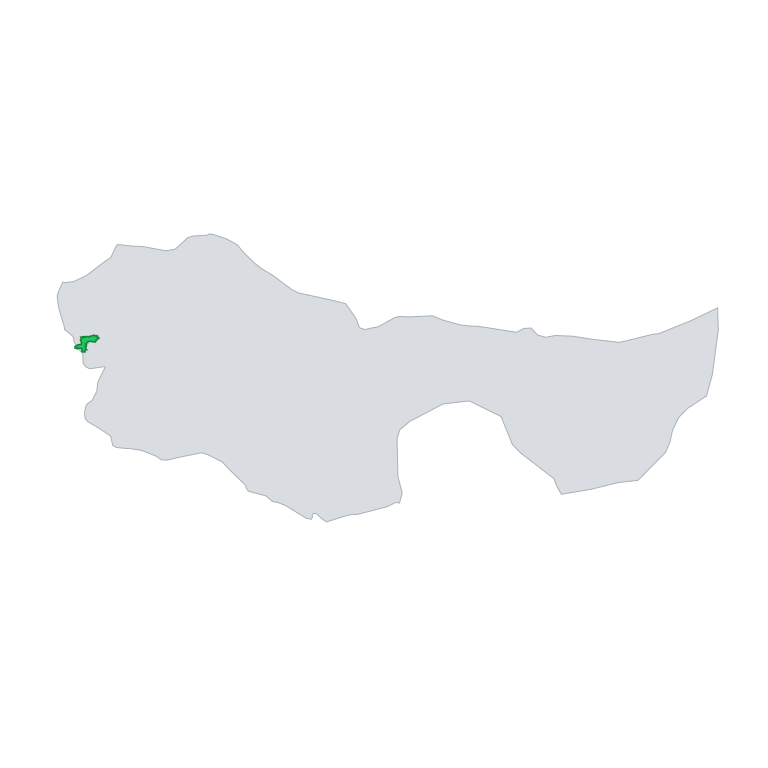 Blontu pag., Ciblas, Latvia shown in context, rotated 183°
{"feature_id": "27541924B11369023113792", "entity_name": "Blontu pag.", "entity_type": "district", "adm_level": 2, "iso_a3": "LVA", "parent_name": "Latvia", "parent_adm1": "Ciblas", "projection": "robinson", "projection_center": [27.846, 56.653], "detail": "fine", "context": "in_parent", "style": "filled", "palette": "green", "viewbox_px": 768, "rotation_deg": 183, "n_neighbors": 0, "source": "geoboundaries", "source_scale": "gbopen_adm2", "svg_char_len": 4363}
<svg xmlns="http://www.w3.org/2000/svg" viewBox="0 0 768 768"><g transform="rotate(183 384 384)"><path d="M566.2,524.8L561.6,524.2L548.5,520.5L537.4,515.0L530.9,507.8L519.5,497.8L512.1,492.7L500.4,486.4L480.9,473.4L473.8,470.4L439.0,464.7L426.4,462.2L415.0,447.4L411.5,438.9L405.8,437.4L399.5,439.2L392.7,440.9L376.8,450.9L371.6,452.3L361.9,452.4L339.1,454.6L328.8,451.0L310.9,447.0L301.2,446.4L292.5,446.5L254.3,442.6L247.2,446.8L240.1,447.6L233.4,441.0L224.9,439.1L215.4,441.4L198.3,441.6L178.0,439.5L152.2,437.9L148.3,438.6L119.2,447.4L112.1,448.7L80.2,463.6L54.8,477.5L53.0,455.3L56.6,410.9L61.3,388.9L78.9,376.1L87.9,366.1L93.5,352.8L95.5,340.5L99.4,330.3L125.3,301.1L144.8,297.9L171.5,289.8L201.1,283.1L206.5,291.7L209.1,298.2L243.7,322.1L252.5,330.1L265.4,357.6L297.9,371.6L324.0,367.2L335.4,360.4L356.5,347.9L366.0,338.8L368.1,330.0L365.3,292.4L360.1,276.1L362.3,265.9L365.9,266.4L374.8,261.5L403.7,252.4L409.5,252.0L416.1,250.1L434.3,243.2L440.0,246.9L444.8,251.1L447.5,251.1L448.8,249.6L448.5,246.9L449.8,245.0L455.0,246.0L475.8,257.4L483.8,260.1L489.3,260.8L495.9,266.1L513.7,269.7L515.9,272.5L517.2,275.9L533.8,290.3L541.3,297.6L556.2,304.2L562.6,305.8L588.8,299.0L596.1,296.7L602.1,296.6L608.2,300.2L622.2,304.9L634.9,306.4L637.2,306.1L647.9,306.6L651.7,308.5L654.2,317.7L666.4,324.9L677.7,330.9L680.6,333.7L681.5,339.1L680.8,345.3L679.3,348.6L674.6,352.3L670.4,361.8L669.9,370.8L663.3,386.3L664.8,386.6L678.6,383.8L682.5,385.4L685.5,388.9L686.4,398.6L691.0,403.0L695.6,409.9L697.0,415.2L705.8,421.6L706.6,425.7L712.0,440.2L714.0,448.6L715.0,455.1L712.4,463.3L710.1,468.9L707.3,468.6L699.4,470.0L686.9,476.7L668.2,492.6L663.4,496.1L658.5,508.1L657.3,509.3L646.4,508.8L643.5,508.5L632.6,508.7L608.8,505.6L599.6,507.7L587.5,519.9L582.8,521.7L568.7,523.3L566.2,524.8Z" fill="#d9dde1" stroke="#a8b0b8" stroke-width="1"/><path d="M682.8,402.7L683.4,403.2L683.6,403.9L683.8,404.4L684.0,405.1L684.2,405.7L683.4,405.7L683.2,406.4L683.2,406.6L683.3,406.7L683.4,407.1L683.5,407.4L683.6,407.5L683.2,407.7L683.3,407.8L683.9,408.3L684.2,408.5L683.7,408.9L682.6,409.7L682.1,409.7L682.1,410.1L682.2,410.4L682.2,410.5L681.9,410.9L681.8,411.0L680.5,411.0L679.4,411.2L679.0,411.2L678.1,411.1L675.8,410.8L675.5,410.8L675.3,410.8L675.1,410.8L674.4,410.8L674.2,411.2L674.1,411.3L674.0,411.5L674.0,411.8L673.9,412.0L673.7,412.2L673.7,412.4L673.7,412.5L673.8,412.7L673.4,413.0L673.2,413.1L672.9,413.4L672.9,413.5L672.7,413.5L672.3,413.7L672.1,413.8L672.0,414.0L671.7,414.2L671.3,414.5L671.2,414.8L671.1,415.3L671.4,415.4L672.0,415.5L672.6,415.7L672.8,415.7L672.5,416.8L672.8,416.9L672.9,417.0L673.3,417.1L673.5,417.3L673.8,417.3L674.0,417.2L674.1,416.9L674.3,416.9L674.3,417.0L674.5,417.1L675.3,417.2L675.4,417.3L675.5,417.3L675.5,417.2L676.0,417.3L676.1,417.2L676.3,417.2L676.4,417.3L676.5,417.3L676.5,417.5L677.0,417.3L677.1,417.2L677.3,417.2L677.5,417.0L677.6,416.9L677.8,416.8L678.0,416.8L678.3,416.8L678.5,416.8L678.6,416.7L678.8,416.6L679.0,416.6L679.3,416.5L679.5,416.5L679.8,416.5L679.9,416.4L680.1,416.1L680.5,415.5L680.8,415.6L681.4,415.9L681.7,415.9L682.7,415.9L683.9,415.8L685.1,415.5L684.9,415.2L685.6,415.0L685.8,415.3L685.6,415.6L685.8,415.7L686.1,415.6L686.3,415.5L686.3,415.4L686.9,415.4L687.0,415.4L687.2,415.5L687.3,415.5L687.3,415.2L687.1,414.8L687.9,414.8L688.3,414.8L689.2,414.9L689.1,414.7L689.1,414.4L688.9,414.1L688.7,414.0L688.6,413.9L688.6,413.6L688.6,413.4L688.8,413.2L688.8,412.9L689.0,412.7L689.3,412.6L689.3,412.2L689.3,411.9L689.2,411.8L689.2,411.7L689.3,411.7L689.2,411.5L689.2,411.4L688.9,411.1L688.7,410.7L688.5,410.2L688.4,410.2L688.2,410.1L688.1,409.9L688.1,409.6L688.2,409.4L688.3,409.3L688.3,409.2L688.3,408.9L688.4,408.7L688.3,408.4L688.3,408.2L688.3,407.9L688.7,407.7L688.8,407.7L688.9,407.4L689.0,407.4L689.3,407.3L689.5,407.3L689.8,407.4L690.4,407.4L690.6,407.4L690.8,407.4L691.3,407.2L691.6,407.0L691.8,407.0L691.8,406.9L692.0,406.8L692.0,406.7L692.4,406.4L692.5,406.4L692.6,406.5L693.1,406.4L693.3,406.1L693.4,405.8L693.5,405.8L693.6,405.7L693.8,405.7L694.4,405.4L694.5,405.3L694.6,405.2L694.5,404.9L694.4,404.8L694.4,404.7L694.2,404.4L694.2,404.2L694.3,404.0L694.2,404.0L693.9,403.9L694.0,403.8L694.1,403.7L693.1,403.5L692.9,403.3L692.4,403.1L692.4,403.6L687.6,403.7L687.5,401.4L687.4,400.5L686.6,400.3L684.2,400.4L684.2,401.0L684.3,401.5L684.3,402.7L682.8,402.7Z" fill="#22c55e" stroke="#15803d" stroke-width="1.5"/></g></svg>